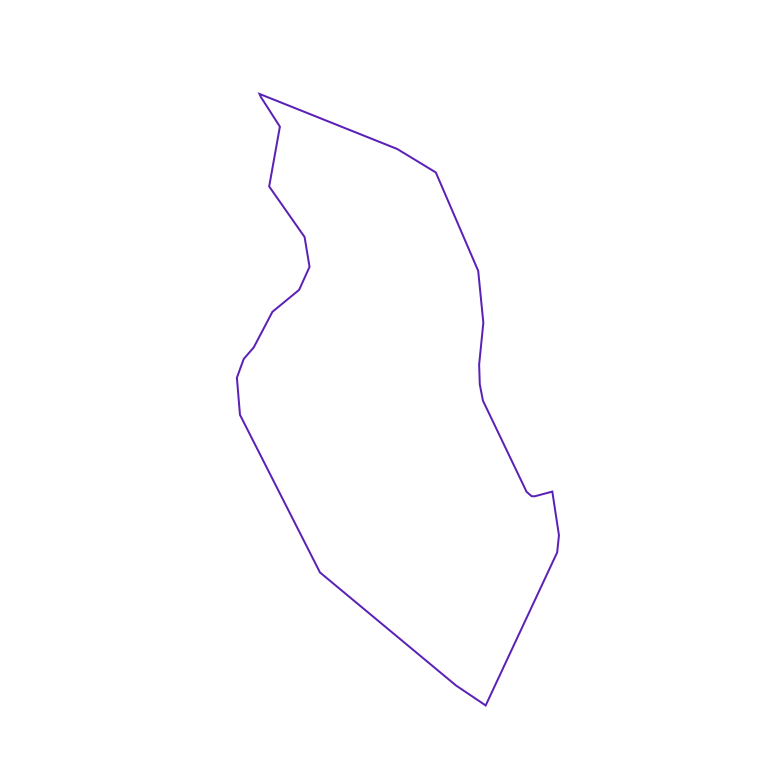 the border of Saint Patrick, rotated 126°
{"feature_id": "DMA-1439", "entity_name": "Saint Patrick", "entity_type": "Parish", "adm_level": 1, "iso_a3": "DMA", "parent_name": "Dominica", "parent_adm1": "", "projection": "robinson", "projection_center": [-61.309, 15.272], "detail": "fine", "context": "isolated", "style": "outline", "palette": "violet", "viewbox_px": 768, "rotation_deg": 126, "n_neighbors": 0, "source": "natural_earth", "source_scale": "10m", "svg_char_len": 514}
<svg xmlns="http://www.w3.org/2000/svg" viewBox="0 0 768 768"><g transform="rotate(126 384 384)"><path d="M584.3,112.8L585.6,148.5L574.1,325.0L493.6,482.4L465.4,506.7L446.2,512.2L430.9,510.9L391.1,516.7L357.7,508.0L333.0,513.1L311.8,534.6L291.7,593.0L237.0,619.5L224.2,652.3L222.5,655.2L186.1,511.3L182.4,466.4L237.1,374.3L276.1,339.6L312.3,318.5L328.0,306.3L339.3,294.2L387.4,205.3L388.0,198.6L386.2,196.0L372.1,184.6L403.6,153.5L418.5,144.9L584.3,112.8Z" fill="none" stroke="#5b21b6" stroke-width="2"/></g></svg>